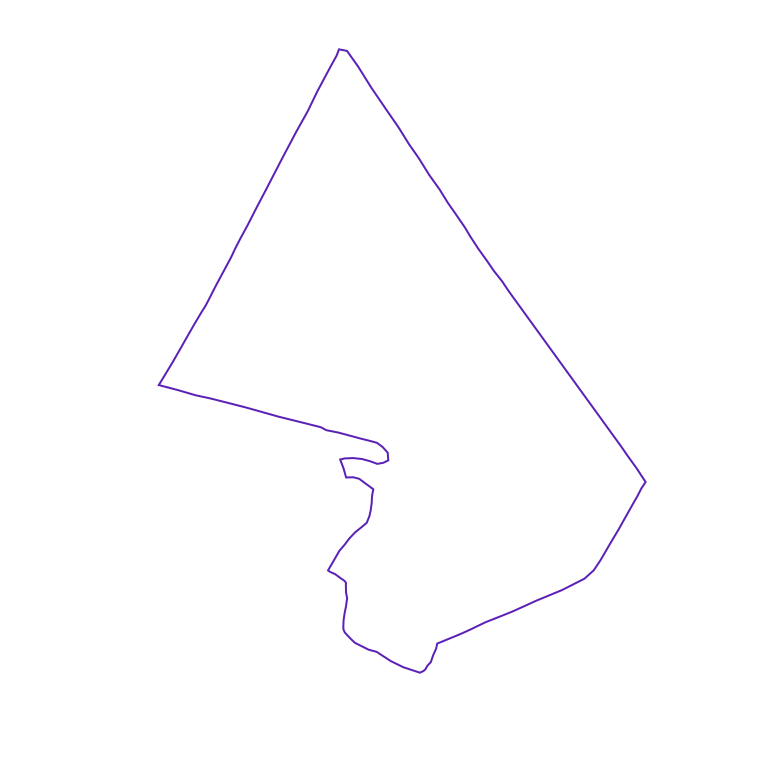 outline of Kerbela, Karbala', Iraq, rotated 138°
{"feature_id": "34846034B5988963618925", "entity_name": "Kerbela", "entity_type": "district", "adm_level": 2, "iso_a3": "IRQ", "parent_name": "Iraq", "parent_adm1": "Karbala'", "projection": "natural_earth1", "projection_center": [44.024, 32.498], "detail": "fine", "context": "isolated", "style": "outline", "palette": "violet", "viewbox_px": 768, "rotation_deg": 138, "n_neighbors": 0, "source": "geoboundaries", "source_scale": "gbopen_adm2", "svg_char_len": 1846}
<svg xmlns="http://www.w3.org/2000/svg" viewBox="0 0 768 768"><g transform="rotate(138 384 384)"><path d="M188.6,656.3L193.5,662.8L199.8,659.6L210.6,655.9L237.9,646.0L258.3,637.7L280.6,630.1L308.7,619.8L339.7,608.1L361.3,600.1L379.0,593.3L392.9,588.4L404.0,584.2L413.0,580.4L443.6,569.4L461.3,562.6L464.7,561.4L471.2,559.6L486.0,555.0L526.2,541.7L552.1,533.9L541.7,518.1L531.7,501.9L522.6,489.3L502.5,459.2L484.5,430.7L459.9,394.2L457.7,388.2L450.4,378.4L443.9,368.4L441.1,364.1L438.3,359.7L432.5,351.1L428.6,345.0L427.2,338.1L427.2,330.5L431.9,324.4L437.2,325.9L442.4,329.1L446.0,335.9L450.7,343.2L456.5,349.6L463.0,355.0L467.1,357.2L470.6,348.2L474.7,339.9L469.2,335.2L465.9,330.2L464.5,323.3L462.5,313.5L462.4,312.9L467.7,308.9L472.7,303.9L478.2,299.2L483.2,295.6L489.7,292.4L497.9,292.7L504.7,293.1L513.2,292.4L520.8,290.9L528.7,289.9L536.7,287.3L546.6,284.1L550.3,282.9L549.8,280.5L547.6,275.5L546.1,268.2L545.3,265.3L545.1,262.9L545.5,261.4L546.8,260.2L551.8,254.4L554.7,249.5L561.0,244.2L566.8,239.9L572.1,235.5L576.4,231.1L578.4,228.7L579.4,225.6L579.4,223.2L579.2,216.1L578.8,211.1L573.2,196.8L568.7,189.9L564.4,173.6L559.2,160.7L551.1,146.5L550.7,145.6L546.9,144.3L544.1,144.3L540.2,145.6L535.3,146.0L529.0,149.5L522.3,152.5L518.1,155.5L514.6,154.2L508.7,152.1L492.9,146.5L481.7,143.0L478.4,142.1L468.2,139.1L441.4,129.2L425.2,124.0L416.2,121.2L389.4,111.7L376.4,108.2L365.4,105.2L359.3,105.2L352.8,105.2L341.0,108.2L320.7,114.7L307.7,118.7L291.4,124.2L279.6,128.2L270.7,131.1L262.9,134.1L255.2,136.1L252.7,152.0L251.1,166.9L249.5,179.4L229.9,363.2L229.1,370.4L227.5,381.4L226.8,392.5L226.7,394.4L225.1,406.4L223.5,420.8L221.2,435.7L219.2,445.8L217.2,460.7L215.3,476.0L212.5,491.4L210.5,509.2L207.0,528.9L205.0,545.2L201.5,564.9L198.7,586.5L195.2,612.4L190.8,637.4L188.6,656.3Z" fill="none" stroke="#5b21b6" stroke-width="2"/></g></svg>